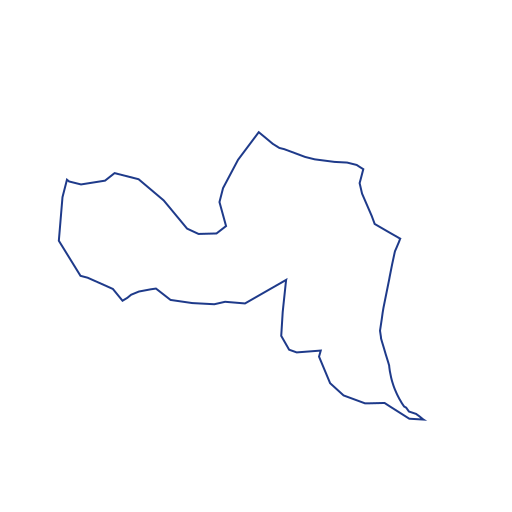 the district of El Mansora 1, Ad Daqahliyah, Egypt, rotated 104°
{"feature_id": "37247803B85247487045844", "entity_name": "El Mansora 1", "entity_type": "district", "adm_level": 2, "iso_a3": "EGY", "parent_name": "Egypt", "parent_adm1": "Ad Daqahliyah", "projection": "robinson", "projection_center": [31.384, 31.029], "detail": "fine", "context": "isolated", "style": "outline", "palette": "blue", "viewbox_px": 512, "rotation_deg": 104, "n_neighbors": 0, "source": "geoboundaries", "source_scale": "gbopen_adm2", "svg_char_len": 1760}
<svg xmlns="http://www.w3.org/2000/svg" viewBox="0 0 512 512"><g transform="rotate(104 256 256)"><path d="M374.2,54.0L374.1,54.3L373.1,56.4L372.1,58.5L371.2,60.7L370.9,61.5L370.5,62.3L370.2,66.1L369.9,70.0L366.8,73.6L366.8,73.8L366.7,74.0L366.2,75.9L366.1,76.0L364.5,77.8L363.1,79.3L361.5,80.8L360.0,82.3L358.4,83.7L356.8,85.1L355.2,86.4L353.5,87.7L351.8,89.0L350.1,90.2L348.3,91.4L346.5,92.5L344.7,93.6L342.9,94.6L341.0,95.6L339.1,96.5L337.2,97.4L335.3,98.3L333.3,99.1L331.3,99.9L330.6,100.1L329.9,100.4L327.0,102.1L320.9,105.8L320.7,105.9L320.6,106.0L314.6,109.5L308.4,113.2L305.4,114.9L305.1,115.0L304.8,115.0L298.5,117.6L286.9,118.7L284.1,119.0L280.4,119.4L275.3,119.8L246.7,121.1L243.4,121.3L237.3,121.6L231.1,121.9L225.0,122.1L218.8,122.3L217.6,122.3L215.4,121.9L212.9,121.5L210.3,121.1L207.8,120.7L205.2,120.4L204.6,120.4L204.3,120.3L200.4,134.1L196.2,148.6L195.8,148.9L195.3,149.2L189.0,153.5L188.9,153.6L169.8,168.2L160.2,173.1L155.4,173.0L145.8,172.9L144.4,177.2L143.3,180.3L143.3,190.2L145.7,202.6L148.0,222.4L148.0,232.3L147.5,236.7L145.5,254.5L145.5,259.5L143.1,266.9L140.7,271.8L135.2,283.3L167.0,296.7L198.1,304.4L212.5,304.5L234.2,292.3L243.7,299.8L248.5,317.1L246.1,329.5L224.4,359.0L209.9,388.5L209.8,413.3L219.4,420.7L228.9,443.1L228.9,448.0L228.9,455.4L227.7,457.9L231.3,457.9L245.7,458.0L288.9,451.0L305.7,433.8L317.7,421.5L317.8,414.1L322.6,386.9L331.7,374.7L327.7,370.7L323.8,367.8L318.8,361.0L313.8,350.1L311.8,345.2L319.3,328.3L317.1,306.5L312.9,284.8L307.9,274.9L304.7,255.2L271.9,221.0L272.0,221.0L297.8,217.4L304.1,216.5L327.4,212.2L338.9,201.2L339.7,193.2L332.1,170.3L338.4,170.5L361.5,153.3L370.1,137.3L372.6,114.5L371.8,111.4L367.5,95.7L369.5,89.9L376.8,67.9L374.2,54.0Z" fill="none" stroke="#1e3a8a" stroke-width="2"/></g></svg>